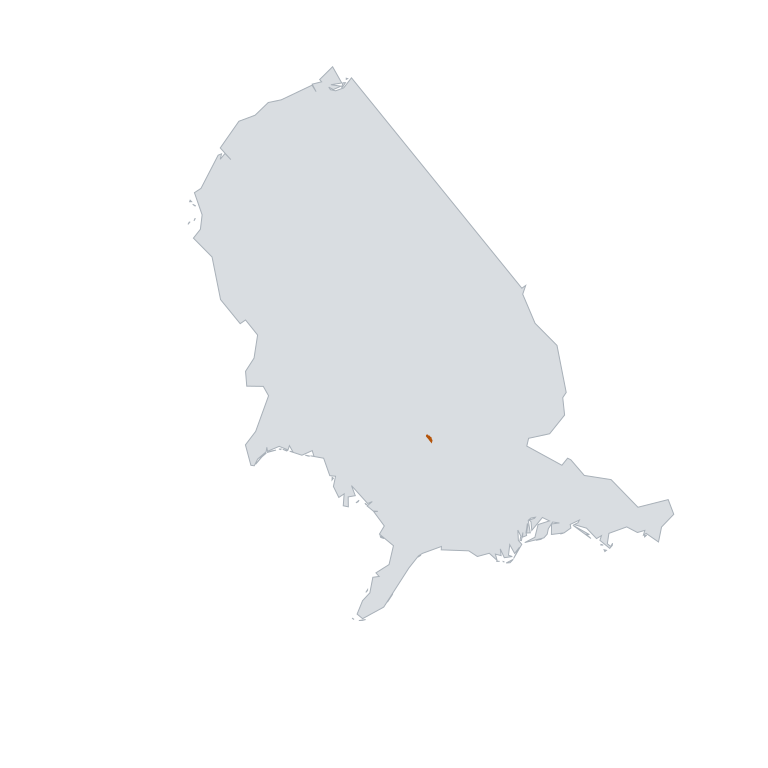 Fulton, Kentucky, United States of America (highlighted), rotated 51°
{"feature_id": "52423323B1107760452078", "entity_name": "Fulton", "entity_type": "district", "adm_level": 2, "iso_a3": "USA", "parent_name": "United States of America", "parent_adm1": "Kentucky", "projection": "equal_earth", "projection_center": [-89.312, 36.574], "detail": "fine", "context": "in_parent", "style": "filled", "palette": "amber", "viewbox_px": 768, "rotation_deg": 51, "n_neighbors": 0, "source": "geoboundaries", "source_scale": "gbopen_adm2", "svg_char_len": 4577}
<svg xmlns="http://www.w3.org/2000/svg" viewBox="0 0 768 768"><g transform="rotate(51 384 384)"><path d="M601.2,267.7L639.6,264.2L652.7,235.9L667.6,240.8L669.8,258.3L679.5,270.1L665.1,274.3L664.7,277.5L661.9,273.4L658.9,280.5L647.8,285.3L641.6,303.2L648.7,311.0L653.0,310.0L651.6,306.6L653.1,308.2L653.8,312.0L641.4,314.6L638.7,310.4L637.9,316.1L623.5,317.3L613.0,324.6L613.9,320.5L612.7,317.8L610.3,327.7L613.5,329.4L613.0,337.8L606.3,348.6L598.2,341.9L602.4,335.1L597.4,339.8L599.9,347.4L603.4,351.7L604.2,356.6L595.8,374.4L598.1,363.2L590.2,352.7L594.5,341.6L587.4,344.9L590.8,361.3L583.5,356.4L581.1,356.9L583.1,351.7L582.8,350.2L580.6,354.2L580.7,357.7L591.7,364.0L589.5,367.0L584.4,361.2L582.6,360.3L588.9,367.2L591.5,368.5L590.2,372.7L586.8,369.5L592.2,375.8L591.0,376.7L588.4,373.4L581.7,371.9L590.1,378.0L595.3,377.8L601.2,393.2L596.1,381.4L597.9,389.1L588.0,387.4L595.4,395.0L598.8,392.9L594.7,399.8L585.3,397.4L591.1,401.0L586.3,404.5L592.2,407.1L581.8,408.7L576.8,420.0L567.0,423.1L548.9,443.9L546.4,441.6L539.8,460.8L539.3,465.5L542.6,480.3L557.2,524.6L552.9,548.3L545.9,549.7L538.9,537.0L537.4,526.4L527.2,514.3L530.5,508.9L525.7,509.1L527.5,493.7L515.6,478.4L497.8,482.0L494.5,473.1L476.9,472.3L479.1,468.9L476.0,472.3L468.1,473.9L468.0,467.1L466.6,471.9L442.5,473.2L452.7,476.6L449.2,482.9L457.0,489.0L453.0,492.3L444.3,484.1L443.7,490.5L431.8,487.8L425.2,479.7L421.1,483.8L403.7,477.6L393.5,486.4L396.1,483.9L390.6,481.7L387.7,492.6L376.9,499.6L379.4,497.5L372.4,496.3L374.8,500.1L366.5,504.7L363.0,516.8L359.4,514.9L362.5,518.2L362.8,529.4L365.9,536.3L363.4,538.6L344.1,530.0L340.1,513.6L320.5,481.1L309.9,479.3L299.3,492.0L287.0,483.6L282.1,468.7L266.4,451.4L247.1,451.3L246.6,457.8L215.6,457.9L177.1,437.7L150.7,440.3L148.2,429.3L138.1,418.9L116.0,410.9L116.8,403.1L101.8,368.9L102.9,365.4L106.3,369.9L104.8,362.5L113.2,361.8L97.5,362.7L88.5,331.4L94.0,315.0L92.4,296.8L98.5,285.0L106.5,251.9L114.1,252.8L105.8,251.1L109.9,242.3L106.9,242.4L105.1,224.3L123.5,227.4L118.0,236.9L125.4,230.1L123.3,238.1L118.5,240.1L121.6,240.4L125.7,237.1L128.5,229.0L125.6,216.6L396.3,216.6L396.6,211.9L401.5,219.7L431.9,228.4L462.9,225.3L505.2,247.7L507.1,253.7L521.8,263.2L526.9,286.6L517.2,305.8L522.1,312.1L559.1,296.9L557.2,288.0L560.5,286.5L581.1,285.9L601.2,267.7ZM628.1,321.4L634.3,320.4L612.6,326.1L630.3,319.1L628.1,321.4ZM125.6,224.3L127.2,229.3L126.8,230.1L124.1,226.3L125.6,224.3ZM365.6,534.3L363.3,524.4L363.6,518.8L363.8,524.7L365.6,534.3ZM666.7,274.9L666.9,277.7L665.8,277.1L666.7,274.9ZM425.4,482.6L425.9,484.8L423.9,483.0L425.4,482.6ZM123.9,419.6L126.7,418.4L126.8,418.8L123.9,419.6ZM121.2,418.8L120.0,420.3L119.2,419.0L121.2,418.8ZM647.2,315.0L645.6,316.8L645.1,316.3L647.2,315.0ZM365.2,513.7L363.6,518.1L367.4,509.5L365.2,513.7ZM552.9,509.9L555.7,518.7L552.4,509.1L552.9,509.9ZM136.7,426.7L137.6,429.0L136.5,426.9L136.7,426.7ZM554.1,549.6L552.0,552.4L555.5,546.5L554.1,549.6ZM602.2,398.5L600.0,401.7L601.6,393.9L602.2,398.5ZM123.8,220.1L123.5,221.6L122.6,220.9L123.8,220.1ZM374.8,501.8L371.0,503.8L374.9,501.2L374.8,501.8ZM653.2,315.8L653.2,317.8L651.3,317.3L653.2,315.8ZM136.0,433.1L136.6,435.9L135.6,433.4L136.0,433.1ZM370.0,505.5L368.4,506.6L369.8,504.9L370.0,505.5ZM603.4,360.0L601.1,364.3L603.7,358.4L603.4,360.0ZM392.3,488.3L389.7,490.0L393.4,487.0L392.3,488.3ZM540.3,463.0L539.9,466.6L539.6,464.1L540.3,463.0ZM593.1,407.7L592.3,408.3L594.6,405.7L593.1,407.7ZM504.2,481.2L501.2,483.1L500.0,482.7L504.2,481.2ZM466.9,473.3L466.4,473.9L464.6,473.8L466.9,473.3ZM534.1,526.7L534.5,529.3L533.5,526.2L534.1,526.7ZM459.2,478.3L458.7,480.6L458.6,476.5L459.2,478.3ZM547.4,555.8L545.8,556.1L548.1,555.4L547.4,555.8ZM612.5,339.3L611.5,341.4L612.8,338.4L612.5,339.3ZM598.1,402.4L597.1,403.2L596.9,403.1L598.1,402.4Z" fill="#d9dde1" stroke="#a8b0b8" stroke-width="1"/><path d="M458.8,383.6L458.0,382.5L457.8,382.5L457.6,382.3L456.7,382.3L455.4,381.5L455.1,381.5L454.9,381.8L454.8,382.2L454.7,382.5L454.3,382.7L454.2,382.7L453.9,382.3L453.8,382.1L453.7,381.9L453.5,381.7L453.4,381.7L453.3,381.8L453.2,381.8L453.0,382.0L452.9,382.3L452.8,382.8L452.8,383.0L452.7,383.2L452.6,383.6L452.8,383.6L453.0,383.6L453.3,383.6L453.8,383.5L454.0,383.5L454.8,383.5L455.3,383.5L455.7,383.5L455.8,383.5L456.0,383.6L456.4,383.6L456.6,383.6L456.9,383.6L457.0,383.6L457.4,383.6L458.1,383.6L458.3,383.6L458.8,383.6ZM451.8,383.6L452.0,383.4L452.0,383.2L452.0,382.9L451.9,382.6L451.7,382.5L451.4,382.5L451.2,382.5L450.9,382.8L450.9,383.0L451.0,383.1L451.1,383.3L451.2,383.5L451.3,383.6L451.7,383.6L451.8,383.6L451.8,383.6Z" fill="#f59e0b" stroke="#b45309" stroke-width="1.5"/></g></svg>